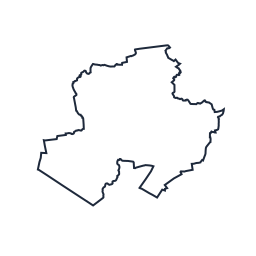 Phong Dien, Hau Giang, Vietnam, rotated 346°
{"feature_id": "81297802B56741553336234", "entity_name": "Phong Dien", "entity_type": "district", "adm_level": 2, "iso_a3": "VNM", "parent_name": "Vietnam", "parent_adm1": "Hau Giang", "projection": "albers", "projection_center": [105.676, 9.998], "detail": "fine", "context": "isolated", "style": "outline", "palette": "slate", "viewbox_px": 256, "rotation_deg": 346, "n_neighbors": 0, "source": "geoboundaries", "source_scale": "gbopen_adm2", "svg_char_len": 5695}
<svg xmlns="http://www.w3.org/2000/svg" viewBox="0 0 256 256"><g transform="rotate(346 128 128)"><path d="M143.7,59.1L143.0,63.6L138.1,63.4L137.5,65.2L132.7,63.9L132.9,63.4L132.4,63.2L132.1,63.6L131.3,63.7L130.8,64.0L129.9,64.9L129.7,65.0L129.0,64.8L126.0,64.2L124.6,63.6L122.5,62.4L120.6,61.1L120.2,61.0L119.5,61.2L118.4,60.7L117.0,60.8L116.6,60.8L115.8,60.1L115.3,59.9L114.4,59.6L113.4,59.1L111.9,58.6L111.1,58.3L110.0,57.6L109.5,57.4L108.9,57.9L107.6,59.1L106.9,59.8L106.2,60.7L105.9,61.7L105.4,63.7L105.2,65.0L104.2,65.2L103.9,65.4L103.6,65.8L103.1,65.9L102.6,65.9L101.6,65.3L101.0,64.3L100.8,63.8L100.8,62.6L100.6,62.3L100.0,61.9L99.6,61.8L99.3,61.9L98.5,62.6L96.2,63.1L95.9,63.3L95.7,63.8L95.6,64.8L95.4,65.0L94.9,65.1L93.9,65.1L93.7,65.4L93.8,65.6L94.5,66.0L94.5,66.6L94.3,66.8L93.6,67.0L93.4,66.9L93.0,66.7L92.5,66.7L91.5,67.2L91.1,67.3L90.6,67.7L90.4,68.1L90.2,69.1L90.1,69.4L89.9,69.5L88.6,69.6L88.0,69.8L87.7,69.7L87.6,69.9L86.9,70.1L86.1,70.1L85.9,71.3L85.7,71.5L85.1,71.5L84.9,72.0L84.7,72.3L84.6,72.9L84.4,73.2L84.3,74.6L84.5,76.2L84.5,76.8L84.9,78.7L85.4,80.2L85.5,80.9L85.6,81.4L86.1,82.1L86.1,82.5L86.0,83.3L85.9,83.5L83.1,84.6L82.8,85.1L82.8,86.4L82.3,95.3L81.9,98.7L82.4,99.1L82.9,101.2L83.6,102.7L84.0,103.2L84.5,103.5L85.2,103.7L85.2,104.4L85.9,104.9L85.8,105.6L86.4,106.2L86.2,107.0L86.6,107.1L86.8,107.4L86.8,108.2L85.8,113.9L84.9,118.1L84.4,118.0L83.8,118.1L83.3,118.3L82.4,119.1L81.9,119.2L81.6,119.1L81.1,118.7L80.2,118.4L79.8,118.1L79.6,118.2L78.8,118.0L78.2,118.2L77.1,117.9L76.3,118.4L75.4,118.5L74.8,118.7L74.2,120.0L73.8,120.3L73.2,120.4L72.7,120.3L72.4,120.4L71.9,120.2L71.7,120.0L71.8,119.8L71.5,119.6L70.7,119.1L70.2,118.9L69.4,118.6L67.4,118.5L66.2,118.2L66.0,119.7L57.5,118.7L56.1,121.5L44.4,120.0L43.4,119.5L43.0,125.1L42.7,132.6L37.8,131.1L36.1,135.9L33.9,139.5L30.5,146.5L31.4,147.1L38.3,154.5L50.1,167.4L75.4,194.7L87.0,189.7L87.3,189.4L87.5,189.1L87.6,188.0L87.8,187.4L88.1,186.8L88.2,186.3L87.9,184.2L87.9,183.4L88.4,182.3L88.5,181.3L88.7,180.9L90.0,179.7L91.0,179.5L91.5,179.2L91.8,178.6L92.1,177.9L92.5,177.1L93.0,176.7L93.5,176.6L94.3,176.7L94.7,176.9L95.3,177.8L96.1,178.6L96.8,178.6L98.5,178.6L99.2,178.4L99.6,178.1L99.8,177.3L99.8,176.7L100.1,176.2L101.0,175.9L102.3,176.1L102.9,176.1L103.5,175.9L104.0,175.5L105.3,173.8L106.0,173.0L105.9,172.0L106.0,171.9L106.5,171.8L106.8,171.6L107.6,171.2L108.1,170.8L108.3,170.4L108.8,168.0L108.7,167.6L108.4,167.0L108.5,166.6L109.1,166.1L109.8,164.9L110.2,164.0L110.3,163.3L110.3,162.2L110.2,161.8L109.3,160.8L109.0,160.2L109.0,159.6L109.5,158.0L109.7,157.6L110.6,156.6L111.0,156.9L111.6,156.9L112.0,156.8L112.4,156.1L112.7,156.1L113.1,156.2L113.5,156.6L113.9,157.5L114.5,158.3L115.2,158.6L120.1,160.0L124.8,161.9L125.1,162.4L125.2,163.1L125.1,163.3L124.2,168.3L125.3,168.7L126.1,168.4L129.2,168.3L133.7,168.2L135.1,168.3L135.8,168.2L138.6,169.1L140.5,169.8L141.9,170.4L143.4,171.3L139.8,175.6L132.6,182.1L124.7,188.9L125.1,189.3L126.7,190.3L133.0,196.5L135.6,198.8L139.4,202.5L146.3,196.1L148.7,197.6L149.1,196.0L151.4,195.8L149.9,192.2L160.4,188.0L168.8,185.8L168.3,183.4L168.8,182.9L172.3,183.9L173.6,183.8L180.6,184.2L181.2,178.2L182.5,178.5L183.5,178.6L185.6,178.5L186.5,178.6L188.2,178.9L189.9,178.9L190.0,178.7L192.3,176.9L192.5,177.0L193.0,177.6L195.5,173.9L196.4,172.7L197.0,171.6L197.8,168.9L198.7,166.3L199.4,165.3L200.4,164.5L204.2,161.6L204.6,161.6L205.5,158.6L205.6,156.9L205.2,156.8L206.3,152.8L207.3,152.7L207.8,152.5L207.9,152.4L207.9,151.7L208.1,151.6L208.6,152.1L210.0,152.6L211.2,153.4L211.9,153.6L211.9,153.0L211.7,152.2L211.8,151.6L211.8,151.4L213.9,151.4L215.1,151.1L215.5,150.4L216.2,148.6L216.6,147.6L217.0,145.8L217.5,144.3L218.1,141.5L218.4,141.3L217.9,139.2L218.2,138.9L220.0,138.9L220.3,138.6L220.7,138.4L222.5,137.9L223.7,136.8L224.9,134.6L225.5,133.0L223.4,133.8L220.9,133.9L218.3,133.9L216.0,133.5L216.2,131.2L215.4,130.8L215.3,130.7L215.0,129.9L214.9,127.1L214.9,125.3L212.6,122.7L211.9,122.6L211.7,122.5L211.4,122.2L210.5,122.0L210.3,121.9L210.1,121.5L209.6,121.3L209.4,120.9L209.5,120.2L209.4,120.0L209.3,119.8L209.0,119.7L208.5,119.8L205.7,121.3L203.9,121.8L203.8,121.7L203.6,121.4L202.9,121.4L202.4,120.9L201.8,120.6L201.0,120.8L200.2,121.4L195.5,120.1L194.5,119.7L193.4,116.5L193.3,116.1L192.9,115.4L192.7,115.0L192.0,114.7L191.4,114.8L191.0,114.8L190.9,114.8L190.7,115.3L189.4,115.0L188.7,114.9L187.9,114.5L187.8,114.3L187.8,113.6L187.7,113.2L187.2,112.6L186.7,112.4L185.8,112.6L185.3,112.5L184.7,111.9L183.7,111.5L183.5,111.3L183.4,110.9L183.0,110.5L182.5,110.4L182.1,110.5L181.8,110.5L181.5,110.4L180.4,109.6L180.2,109.4L180.4,108.4L180.3,108.0L179.5,105.7L179.5,105.2L179.8,104.9L180.0,104.8L180.3,104.7L181.3,104.5L181.9,104.0L183.5,97.4L181.5,94.2L184.2,92.9L184.4,92.7L184.5,92.5L184.5,91.8L183.9,90.6L184.0,90.5L184.5,90.4L184.7,90.2L184.8,89.8L185.3,89.5L185.5,89.5L186.1,90.1L186.4,89.9L186.9,90.0L187.1,89.9L187.2,89.4L187.9,88.5L188.3,88.2L189.3,88.4L190.2,89.0L190.6,88.9L190.6,88.7L190.7,88.4L190.7,87.4L190.9,87.0L191.1,86.8L191.5,87.2L191.8,87.3L192.4,86.9L192.7,86.6L192.7,86.4L192.2,85.7L192.3,85.3L192.5,85.1L192.6,84.9L192.1,84.2L192.1,83.8L191.7,83.0L191.7,82.5L190.2,81.2L189.8,80.6L189.4,80.2L193.0,78.8L193.4,78.5L194.0,78.2L192.5,77.1L192.3,76.9L190.7,73.1L188.9,74.1L188.7,74.2L188.0,73.4L187.5,73.0L184.0,69.6L183.9,68.0L183.7,67.7L183.6,66.4L182.9,64.0L183.2,63.4L183.2,63.0L183.0,62.1L184.3,61.1L185.1,60.3L185.4,60.2L185.8,60.2L186.7,60.5L187.0,60.5L187.5,60.4L188.2,60.1L187.2,58.0L186.8,57.5L186.1,57.3L184.9,57.1L166.6,54.9L158.3,53.9L153.8,53.5L153.7,53.6L153.6,54.6L153.9,56.5L153.6,57.6L152.7,58.3L150.5,58.9L149.8,58.9L148.8,59.1L148.6,59.1L148.2,58.8L147.0,58.9L143.7,59.1Z" fill="none" stroke="#1e293b" stroke-width="2"/></g></svg>